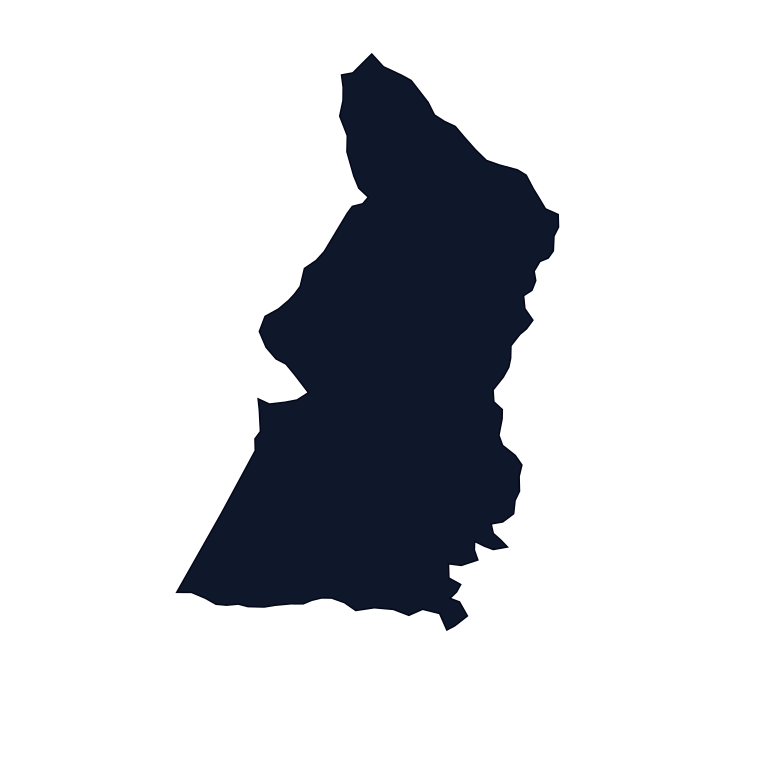 outline of Mombuca, São Paulo, Brazil, rotated 299°
{"feature_id": "56859067B83163679964168", "entity_name": "Mombuca", "entity_type": "district", "adm_level": 2, "iso_a3": "BRA", "parent_name": "Brazil", "parent_adm1": "São Paulo", "projection": "robinson", "projection_center": [-47.599, -22.942], "detail": "fine", "context": "isolated", "style": "filled", "palette": "ink", "viewbox_px": 768, "rotation_deg": 299, "n_neighbors": 0, "source": "geoboundaries", "source_scale": "gbopen_adm2", "svg_char_len": 1683}
<svg xmlns="http://www.w3.org/2000/svg" viewBox="0 0 768 768"><g transform="rotate(299 384 384)"><path d="M633.7,197.0L623.7,204.4L612.3,210.6L596.8,215.4L583.4,231.5L569.1,239.0L551.3,256.7L543.0,267.1L539.8,279.7L531.3,278.0L524.0,270.2L515.6,269.1L470.8,267.5L459.2,264.8L446.5,258.4L428.7,263.4L419.1,262.1L410.7,260.0L398.4,255.3L385.5,247.2L369.5,249.5L358.9,263.1L353.6,277.4L353.9,288.6L348.4,302.4L339.8,322.1L327.9,315.7L320.0,306.2L310.9,293.5L310.0,281.1L300.4,287.8L282.6,298.9L273.5,297.7L263.3,303.7L191.9,304.5L101.3,303.7L108.4,316.7L110.0,331.6L109.9,343.8L114.2,353.5L120.9,363.4L123.3,372.9L130.9,387.4L137.9,396.3L146.6,409.1L152.5,419.9L159.8,425.7L166.6,433.1L171.4,442.0L173.6,455.4L172.2,469.1L183.6,484.0L191.4,501.5L193.7,517.9L205.7,527.0L210.2,543.9L199.3,558.2L206.9,563.2L221.6,569.4L230.0,555.7L228.5,545.6L237.3,548.3L245.8,548.3L245.8,534.8L258.0,527.6L262.8,539.6L275.6,551.4L282.6,543.5L290.3,539.6L290.8,550.3L292.2,559.8L301.3,571.0L304.2,561.5L306.3,552.0L313.6,545.6L320.9,554.7L333.4,560.3L345.7,555.1L355.9,554.5L368.7,547.0L380.0,543.9L385.2,533.4L387.8,517.5L394.8,509.4L410.8,504.2L419.0,499.9L421.7,488.7L431.7,482.3L447.9,485.0L459.2,485.0L467.9,482.3L479.0,476.5L493.3,478.8L501.3,481.9L512.0,483.3L518.2,470.7L528.9,463.3L537.7,468.0L548.0,466.6L555.5,460.6L566.8,461.0L573.7,466.6L582.5,467.6L595.7,461.0L605.8,460.6L616.7,454.2L615.5,440.3L622.2,428.8L627.2,419.9L635.6,407.1L636.0,396.9L631.4,378.3L629.2,365.1L633.3,350.2L638.7,334.9L643.8,321.5L643.0,309.5L643.8,297.7L651.7,286.1L662.6,260.7L662.6,249.9L661.2,229.7L666.7,213.3L654.0,209.6L641.0,205.9L633.7,197.0Z" fill="#0f172a" stroke="#020617" stroke-width="1.5"/></g></svg>